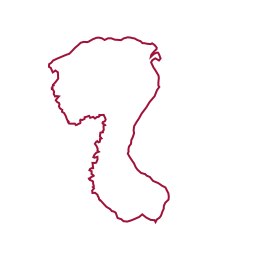 Asprogia, Paphos, Cyprus (Albers equal-area conic projection), rotated 156°
{"feature_id": "46923920B38834541661991", "entity_name": "Asprogia", "entity_type": "district", "adm_level": 2, "iso_a3": "CYP", "parent_name": "Cyprus", "parent_adm1": "Paphos", "projection": "albers", "projection_center": [32.61, 34.943], "detail": "fine", "context": "isolated", "style": "outline", "palette": "rose", "viewbox_px": 256, "rotation_deg": 156, "n_neighbors": 0, "source": "geoboundaries", "source_scale": "gbopen_adm2", "svg_char_len": 3416}
<svg xmlns="http://www.w3.org/2000/svg" viewBox="0 0 256 256"><g transform="rotate(156 128 128)"><path d="M141.1,30.9L138.8,32.7L135.5,33.3L133.4,34.6L130.3,37.9L128.2,39.7L126.9,42.3L124.4,44.5L120.1,46.1L118.7,48.6L117.7,51.8L117.9,56.2L118.0,58.5L120.3,61.3L122.8,65.4L126.6,69.4L128.0,74.4L130.4,77.0L131.0,78.8L134.3,81.6L136.3,86.1L136.9,89.1L136.9,93.2L137.7,97.5L138.3,101.2L138.6,104.7L137.1,106.2L136.3,108.3L134.7,110.6L131.7,112.3L129.8,115.7L128.0,117.1L124.6,120.7L123.8,123.7L121.6,127.2L117.7,130.0L113.9,132.4L109.7,135.6L102.8,139.4L97.8,142.9L90.8,146.2L86.1,150.8L82.7,152.8L83.0,154.4L82.0,156.6L81.0,158.6L79.5,161.1L78.8,163.5L79.5,169.7L80.1,172.9L80.2,178.6L78.1,180.1L74.7,180.5L72.2,177.1L70.0,178.2L69.7,182.0L69.9,184.6L71.3,185.2L74.4,185.1L78.1,183.8L76.9,185.4L73.8,187.0L69.8,188.5L69.1,189.8L69.9,192.8L71.5,195.5L73.1,195.4L76.0,197.0L78.4,198.7L80.3,199.7L81.2,202.1L83.8,204.7L85.4,207.0L87.2,208.2L89.4,209.9L91.5,211.0L95.0,211.5L95.7,211.6L97.9,211.2L98.7,211.1L101.9,212.9L104.2,214.1L106.7,216.7L109.9,218.1L113.5,217.9L115.4,220.6L117.8,222.4L120.0,223.2L123.9,223.4L128.7,222.9L130.2,223.0L133.5,224.7L136.6,225.1L140.3,223.8L143.5,222.9L150.3,220.1L151.7,219.7L154.7,220.0L160.1,220.1L165.1,220.2L169.1,220.1L171.5,218.8L174.1,218.4L175.3,216.0L174.1,214.3L174.1,211.3L174.1,209.4L170.9,210.0L169.4,207.4L170.1,205.6L171.7,201.5L175.7,199.3L178.8,198.0L178.7,197.2L179.4,197.3L180.3,196.4L180.5,195.7L180.7,195.2L181.4,195.4L181.8,194.5L181.1,193.9L180.9,193.0L180.8,192.0L180.8,191.1L182.0,189.4L181.8,186.4L180.2,186.2L178.3,185.0L180.7,183.9L182.7,182.8L182.2,180.6L180.9,178.9L181.0,177.4L182.3,176.0L182.2,173.7L180.7,171.2L180.8,171.1L181.7,169.7L180.3,167.7L180.0,164.5L180.3,160.4L179.7,158.0L179.8,158.0L180.4,158.0L180.4,157.9L180.1,156.1L178.6,155.3L176.6,154.4L174.7,153.5L174.5,151.9L172.9,151.7L171.4,151.9L169.8,151.8L169.1,152.5L168.6,154.5L168.0,154.9L166.6,153.9L164.0,154.0L163.2,155.5L161.3,155.1L158.6,154.9L158.4,152.7L155.2,152.3L154.3,150.1L152.6,150.5L151.8,150.7L151.0,150.2L149.4,150.3L149.0,151.5L148.9,151.6L147.4,150.8L144.9,149.9L144.8,145.6L145.1,144.8L145.1,144.7L146.1,143.8L146.9,143.5L148.4,143.7L149.3,142.9L148.9,141.5L147.8,140.4L147.7,139.9L147.8,139.9L148.7,140.1L149.4,140.0L149.5,139.9L149.9,138.9L150.6,137.0L151.1,135.9L152.5,135.3L152.7,134.3L155.1,135.0L157.1,131.7L156.4,129.2L156.5,129.2L157.9,129.6L158.0,129.5L158.5,128.2L159.4,126.9L160.8,126.9L161.4,128.5L162.9,128.2L164.7,127.0L164.1,124.3L164.2,121.2L165.1,119.8L164.3,118.2L167.0,118.3L169.4,117.3L171.5,115.5L170.7,114.5L167.7,114.1L168.6,111.7L171.1,109.3L172.5,109.5L174.6,110.6L175.2,108.7L176.2,105.4L176.3,105.4L177.6,106.1L179.4,106.0L180.4,105.1L178.8,103.3L180.0,100.8L179.4,99.7L179.1,99.3L178.8,98.8L178.7,98.4L179.0,98.1L179.8,98.2L181.5,98.1L182.4,98.0L182.7,97.6L182.8,97.5L183.0,97.5L184.3,97.7L184.3,97.3L184.1,96.4L183.6,95.6L181.9,93.9L181.8,93.1L182.0,92.5L182.3,91.7L182.6,91.0L182.7,90.0L182.8,89.0L183.1,88.4L184.1,88.3L183.9,87.8L183.6,86.7L184.4,86.3L186.2,85.4L186.9,83.1L186.2,82.8L184.4,82.2L183.5,80.3L183.0,79.1L183.3,77.9L183.0,76.5L183.4,74.6L183.1,73.4L182.6,73.3L182.2,72.0L181.0,68.3L179.8,64.8L177.3,61.2L176.6,58.7L175.1,57.6L173.7,55.8L174.1,50.0L171.2,47.4L170.0,44.7L166.7,42.8L162.5,42.3L157.9,42.2L153.9,42.2L150.1,43.3L147.8,38.8L144.6,34.8L141.2,33.0L141.1,30.9Z" fill="none" stroke="#9f1239" stroke-width="2"/></g></svg>